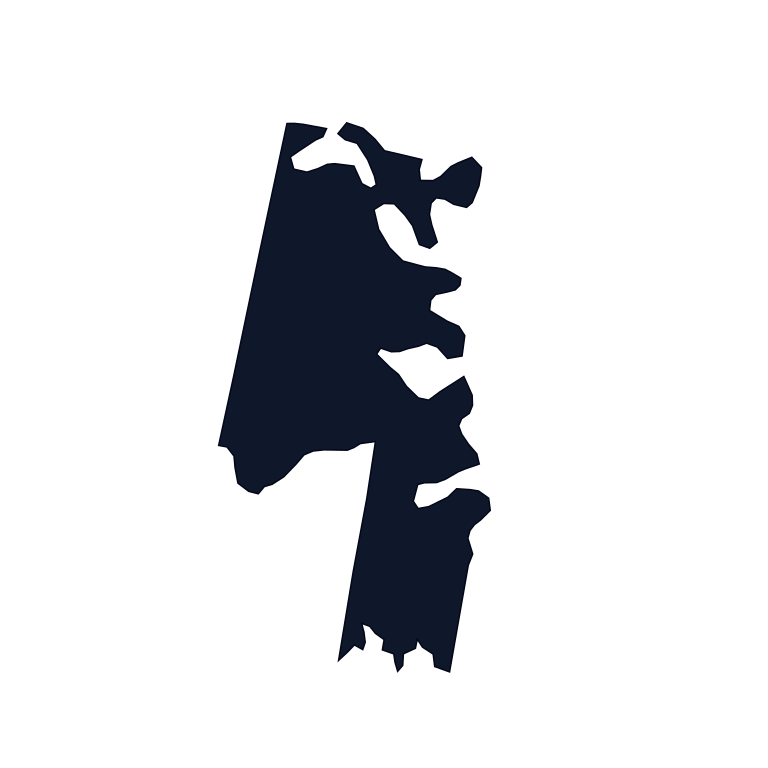 outline of Godoy Moreira, Paraná, Brazil, rotated 139°
{"feature_id": "56859067B87274416555752", "entity_name": "Godoy Moreira", "entity_type": "district", "adm_level": 2, "iso_a3": "BRA", "parent_name": "Brazil", "parent_adm1": "Paraná", "projection": "equal_earth", "projection_center": [-51.924, -24.155], "detail": "fine", "context": "isolated", "style": "filled", "palette": "ink", "viewbox_px": 768, "rotation_deg": 139, "n_neighbors": 0, "source": "geoboundaries", "source_scale": "gbopen_adm2", "svg_char_len": 2127}
<svg xmlns="http://www.w3.org/2000/svg" viewBox="0 0 768 768"><g transform="rotate(139 384 384)"><path d="M208.1,528.5L230.6,559.7L230.2,574.8L232.0,590.5L240.8,605.6L254.5,603.2L253.0,593.8L246.4,583.3L249.2,563.9L254.8,547.3L259.1,539.4L265.5,540.3L269.2,549.7L263.7,568.2L276.7,582.7L282.7,587.0L292.6,589.9L303.2,594.5L311.1,605.4L305.7,616.8L294.0,615.5L275.7,613.1L267.9,610.7L259.8,614.4L274.6,633.0L280.3,639.1L286.3,644.3L390.5,565.8L492.9,488.1L549.1,446.1L543.8,439.5L544.5,428.0L551.3,418.6L559.3,405.0L556.5,391.7L550.9,383.6L541.6,385.1L534.3,381.7L520.6,379.7L503.1,381.2L490.8,383.0L481.4,379.9L472.4,373.6L455.1,358.1L448.0,355.7L441.0,354.6L428.2,346.2L472.1,308.9L530.1,262.8L599.6,205.2L587.4,205.6L577.5,206.5L574.3,197.5L567.6,201.4L561.9,209.9L557.9,218.0L553.7,210.4L554.1,201.4L551.6,191.0L559.7,184.4L553.7,173.9L558.3,166.7L562.2,158.2L554.5,159.3L546.4,167.6L533.7,163.9L526.3,169.6L527.6,160.2L524.1,147.9L531.1,137.5L523.4,123.7L439.2,192.0L428.6,197.5L421.9,212.6L415.3,217.0L408.1,218.5L400.4,218.0L386.7,218.9L379.9,229.2L382.8,241.2L388.3,247.8L397.9,257.3L410.2,256.7L430.7,262.1L439.9,267.6L438.8,276.3L424.5,286.0L418.3,282.9L409.0,275.1L400.0,271.8L385.8,269.1L378.5,266.7L364.6,261.1L359.8,270.4L359.7,283.3L358.3,295.1L355.1,303.5L348.1,306.9L338.9,305.9L331.2,309.8L324.8,317.7L318.8,337.3L346.7,341.4L360.8,342.5L367.2,350.9L368.6,367.5L366.8,381.7L368.6,392.6L370.0,411.4L363.0,413.3L357.3,403.5L350.9,398.3L342.7,395.0L333.2,389.9L325.1,386.9L319.5,376.9L319.2,361.5L306.7,353.9L291.3,367.5L289.7,378.4L295.1,389.9L301.4,409.6L293.7,416.6L286.3,417.7L276.0,412.0L268.5,408.3L261.9,408.7L256.6,413.3L259.5,422.3L262.6,430.4L268.3,437.4L276.0,445.2L281.1,452.6L289.1,464.5L290.4,483.3L286.6,504.2L277.1,522.2L265.8,520.4L258.0,513.2L257.4,497.2L258.6,484.8L265.8,466.0L260.4,456.4L250.7,456.1L243.6,472.7L238.5,482.1L229.7,489.6L222.4,490.2L216.7,483.5L213.5,473.9L205.8,463.1L198.4,463.1L182.4,471.2L175.0,477.3L168.4,483.3L169.0,497.5L183.1,502.3L190.7,504.2L205.1,503.4L213.5,505.3L223.0,513.8L216.7,522.8L208.1,528.5Z" fill="#0f172a" stroke="#020617" stroke-width="1.5"/></g></svg>